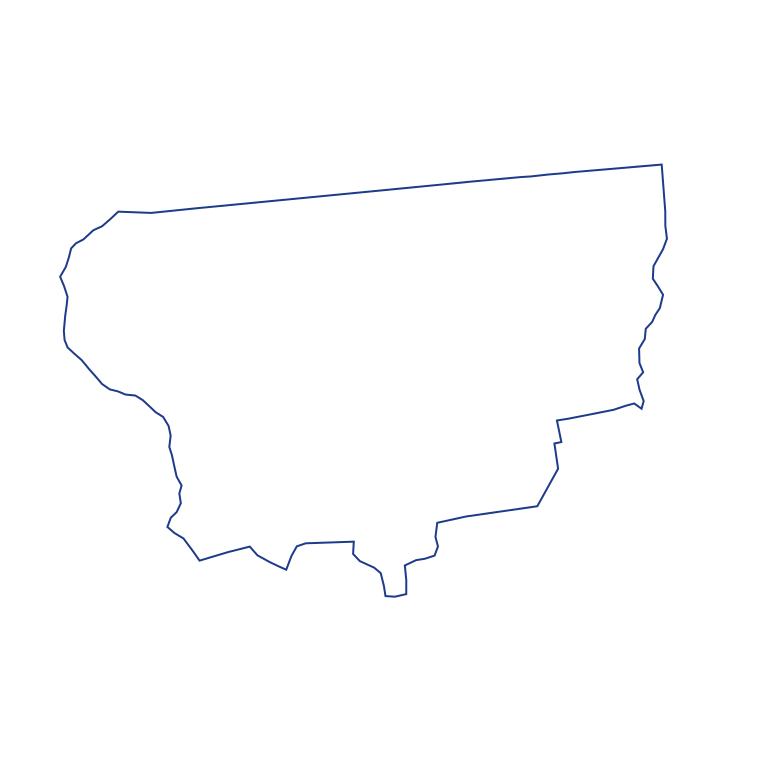 the district of Nova Veneza, Santa Catarina, Brazil, rotated 351°
{"feature_id": "56859067B1562580013950", "entity_name": "Nova Veneza", "entity_type": "district", "adm_level": 2, "iso_a3": "BRA", "parent_name": "Brazil", "parent_adm1": "Santa Catarina", "projection": "mercator", "projection_center": [-49.6, -28.698], "detail": "fine", "context": "isolated", "style": "outline", "palette": "blue", "viewbox_px": 768, "rotation_deg": 351, "n_neighbors": 0, "source": "geoboundaries", "source_scale": "gbopen_adm2", "svg_char_len": 1532}
<svg xmlns="http://www.w3.org/2000/svg" viewBox="0 0 768 768"><g transform="rotate(351 384 384)"><path d="M120.9,186.7L109.7,194.2L101.8,196.8L96.2,201.1L92.6,209.6L88.1,218.5L80.9,227.4L83.3,237.2L85.1,248.3L83.1,255.9L79.8,266.8L76.1,281.4L75.4,290.6L77.2,298.4L82.8,305.5L89.2,313.2L95.2,323.4L100.4,331.5L105.6,340.0L112.3,346.4L120.1,349.7L127.1,354.0L136.6,356.5L143.2,362.2L149.2,369.8L154.0,376.1L160.7,382.0L164.7,391.8L165.2,401.6L162.1,412.6L163.4,421.1L164.0,432.2L164.7,443.1L168.2,452.6L164.7,460.2L164.7,469.9L159.2,478.1L152.5,482.7L147.7,491.3L153.7,498.4L161.8,505.2L169.2,519.3L174.2,529.6L203.9,525.6L226.0,523.6L232.2,533.4L243.4,542.1L251.7,547.8L258.4,552.1L265.8,539.2L272.5,530.7L281.8,529.1L329.5,535.0L326.9,547.0L332.4,555.1L338.5,559.2L345.5,563.8L351.2,570.3L352.3,583.4L352.3,593.7L361.5,595.8L373.1,595.0L375.3,581.4L376.2,566.5L388.1,563.0L396.9,563.0L407.1,561.4L411.9,552.9L410.9,543.1L414.9,529.4L444.4,527.7L516.3,528.7L542.7,494.9L543.0,469.4L550.1,469.1L549.1,447.1L561.0,447.1L606.8,445.4L619.4,443.3L628.1,442.4L634.5,448.7L637.8,441.5L635.5,429.7L634.8,418.9L641.8,413.0L639.6,403.2L641.5,388.8L648.6,380.4L651.2,370.4L658.6,364.6L662.8,358.2L668.3,352.2L673.6,339.5L669.5,329.7L666.0,322.1L668.6,309.8L675.0,301.7L680.7,294.5L686.2,284.7L686.6,271.9L688.8,257.6L692.6,210.7L605.0,204.4L594.1,203.9L579.2,202.8L562.0,202.0L551.3,201.0L501.3,197.7L455.2,195.0L226.3,181.1L180.8,178.6L148.5,172.2L139.2,178.5L130.2,184.1L120.9,186.7Z" fill="none" stroke="#1e3a8a" stroke-width="2"/></g></svg>